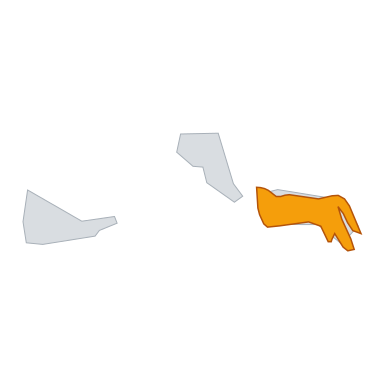 Turks and Caicos Islands, with Middle Caicos highlighted
{"feature_id": "TCA-5003", "entity_name": "Middle Caicos", "entity_type": "state/province", "adm_level": 1, "iso_a3": "TCA", "parent_name": "Turks and Caicos Islands", "parent_adm1": "", "projection": "natural_earth1", "projection_center": [-71.735, 21.8], "detail": "fine", "context": "in_parent", "style": "filled", "palette": "amber", "viewbox_px": 384, "rotation_deg": 0, "n_neighbors": 0, "source": "natural_earth", "source_scale": "10m", "svg_char_len": 956}
<svg xmlns="http://www.w3.org/2000/svg" viewBox="0 0 384 384"><path d="M346.5,238.7L344.6,246.4L317.8,224.6L266.2,224.4L258.0,194.5L277.7,189.6L343.2,200.2L358.1,226.1L346.5,238.7ZM27.6,190.0L81.8,221.2L114.5,216.5L117.1,223.2L99.4,230.4L95.1,236.1L42.7,244.4L26.3,242.8L23.0,221.7L27.6,190.0ZM242.7,196.2L234.4,202.2L206.8,182.7L202.9,167.1L193.0,166.3L176.7,152.2L180.6,134.0L218.2,133.2L233.4,183.7L242.7,196.2Z" fill="#d9dde1" stroke="#a8b0b8" stroke-width="1"/><path d="M279.3,225.9L267.5,227.1L263.8,223.9L259.6,214.7L257.9,208.1L256.6,187.3L260.5,187.6L264.6,188.6L268.4,190.4L276.2,196.5L280.7,196.5L285.0,195.2L289.3,194.7L318.5,198.9L332.1,195.8L338.2,195.4L344.5,198.9L349.4,205.9L361.0,233.6L352.8,230.6L347.6,222.7L343.3,213.6L338.0,206.6L341.8,219.2L350.8,238.9L354.2,249.4L347.8,250.8L343.1,247.1L334.7,233.6L331.9,239.4L331.2,241.7L328.2,241.7L320.8,226.2L308.6,221.9L279.3,225.9Z" fill="#f59e0b" stroke="#b45309" stroke-width="1.5"/></svg>